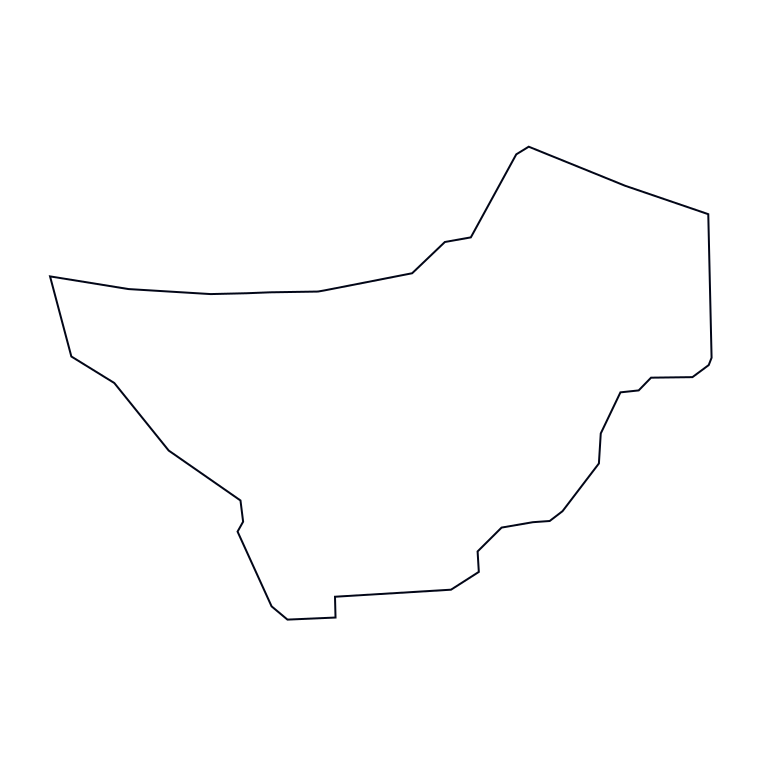 St. Charles, Louisiana, United States of America, rotated 268°
{"feature_id": "52423323B77626952716253", "entity_name": "St. Charles", "entity_type": "district", "adm_level": 2, "iso_a3": "USA", "parent_name": "United States of America", "parent_adm1": "Louisiana", "projection": "albers", "projection_center": [-90.368, 29.928], "detail": "fine", "context": "isolated", "style": "outline", "palette": "ink", "viewbox_px": 768, "rotation_deg": 268, "n_neighbors": 0, "source": "geoboundaries", "source_scale": "gbopen_adm2", "svg_char_len": 655}
<svg xmlns="http://www.w3.org/2000/svg" viewBox="0 0 768 768"><g transform="rotate(268 384 384)"><path d="M503.2,54.0L422.4,72.5L394.4,114.5L325.0,166.5L272.6,236.5L251.3,238.4L241.6,232.5L165.7,263.9L151.9,279.3L152.3,327.4L173.1,327.6L176.1,443.8L192.9,472.2L213.4,471.7L236.4,496.5L240.7,528.0L241.3,544.8L250.7,558.0L297.1,596.0L327.0,598.9L367.4,620.0L368.7,638.3L381.0,651.1L380.1,692.5L391.6,709.2L398.8,712.3L542.4,714.0L573.7,631.9L616.1,536.9L608.9,524.2L527.5,475.9L523.8,449.8L493.7,416.0L479.6,327.7L478.7,321.2L479.6,273.3L479.5,249.9L479.9,214.9L479.9,214.0L487.8,131.9L503.2,54.0Z" fill="none" stroke="#020617" stroke-width="2"/></g></svg>